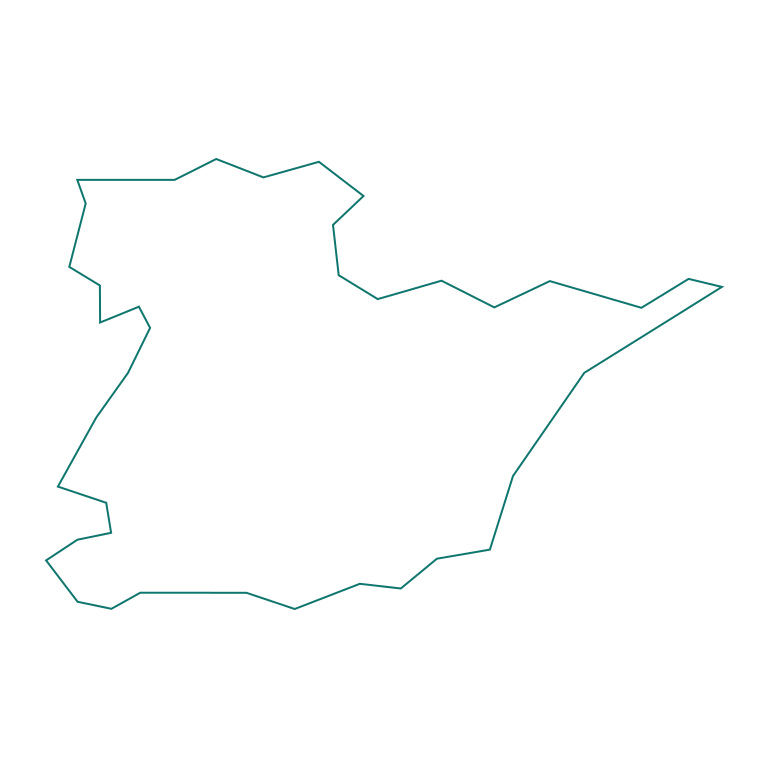 outline of Vabkent, Bukhoro, Uzbekistan
{"feature_id": "79887680B72546583413926", "entity_name": "Vabkent", "entity_type": "district", "adm_level": 2, "iso_a3": "UZB", "parent_name": "Uzbekistan", "parent_adm1": "Bukhoro", "projection": "robinson", "projection_center": [64.502, 39.936], "detail": "fine", "context": "isolated", "style": "outline", "palette": "teal", "viewbox_px": 768, "rotation_deg": 0, "n_neighbors": 0, "source": "geoboundaries", "source_scale": "gbopen_adm2", "svg_char_len": 610}
<svg xmlns="http://www.w3.org/2000/svg" viewBox="0 0 768 768"><path d="M489.9,549.6L513.0,476.0L584.3,372.8L665.0,322.5L721.9,286.9L688.6,278.9L641.4,307.8L549.8,281.1L494.3,307.4L441.5,280.7L377.7,299.1L338.7,275.2L333.0,224.9L363.5,196.0L318.9,161.8L263.4,177.4L216.2,159.0L174.6,179.9L77.3,179.9L85.7,203.5L69.3,266.9L99.9,285.5L100.1,322.5L138.9,306.7L150.1,327.9L128.0,372.9L96.2,417.6L57.9,486.6L106.2,502.8L111.1,532.8L77.4,539.7L46.1,560.4L77.6,601.8L111.4,608.8L140.3,592.7L246.4,592.8L294.7,609.0L359.8,583.8L400.8,588.5L436.9,558.7L489.9,549.6Z" fill="none" stroke="#0f766e" stroke-width="2"/></svg>